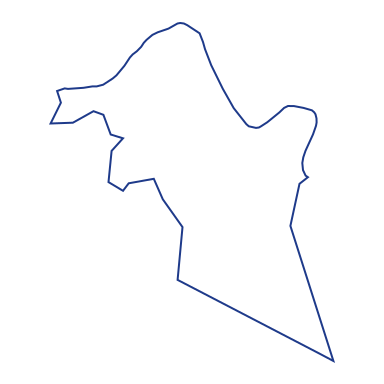 outline of Hancock, Kentucky, United States of America
{"feature_id": "52423323B75226033138099", "entity_name": "Hancock", "entity_type": "district", "adm_level": 2, "iso_a3": "USA", "parent_name": "United States of America", "parent_adm1": "Kentucky", "projection": "mercator", "projection_center": [-86.797, 37.827], "detail": "fine", "context": "isolated", "style": "outline", "palette": "blue", "viewbox_px": 384, "rotation_deg": 0, "n_neighbors": 0, "source": "geoboundaries", "source_scale": "gbopen_adm2", "svg_char_len": 976}
<svg xmlns="http://www.w3.org/2000/svg" viewBox="0 0 384 384"><path d="M307.9,177.2L305.6,175.6L303.0,170.1L302.3,163.0L303.3,157.3L305.5,150.8L313.0,134.4L316.0,125.8L316.6,122.5L316.5,118.4L315.5,114.3L314.2,112.3L311.9,110.3L303.5,107.9L294.1,106.1L288.0,106.0L284.1,107.9L279.4,112.4L267.2,122.3L260.7,126.5L258.9,127.5L256.0,127.9L248.8,126.3L246.3,124.1L233.7,108.1L222.8,88.8L211.2,65.2L205.0,49.1L203.0,42.0L199.6,33.3L187.3,25.2L184.3,23.7L183.9,23.5L180.2,23.0L177.5,23.5L168.5,28.6L157.7,32.3L152.4,34.9L146.7,39.7L143.8,42.8L141.2,46.8L136.9,51.2L132.7,54.4L129.9,57.5L124.4,65.8L116.4,75.4L112.7,78.5L103.2,84.7L96.7,86.4L92.4,86.4L83.6,87.8L68.0,88.9L64.7,88.4L57.1,91.0L60.9,102.7L50.6,123.5L72.9,122.7L93.5,111.2L103.4,114.8L110.7,134.5L123.0,138.3L111.6,150.9L108.5,182.1L123.0,190.8L128.7,183.3L153.8,178.8L162.8,199.3L182.5,227.1L177.6,279.9L320.6,354.2L333.4,361.0L290.4,225.9L299.5,183.8L307.9,177.2Z" fill="none" stroke="#1e3a8a" stroke-width="2"/></svg>